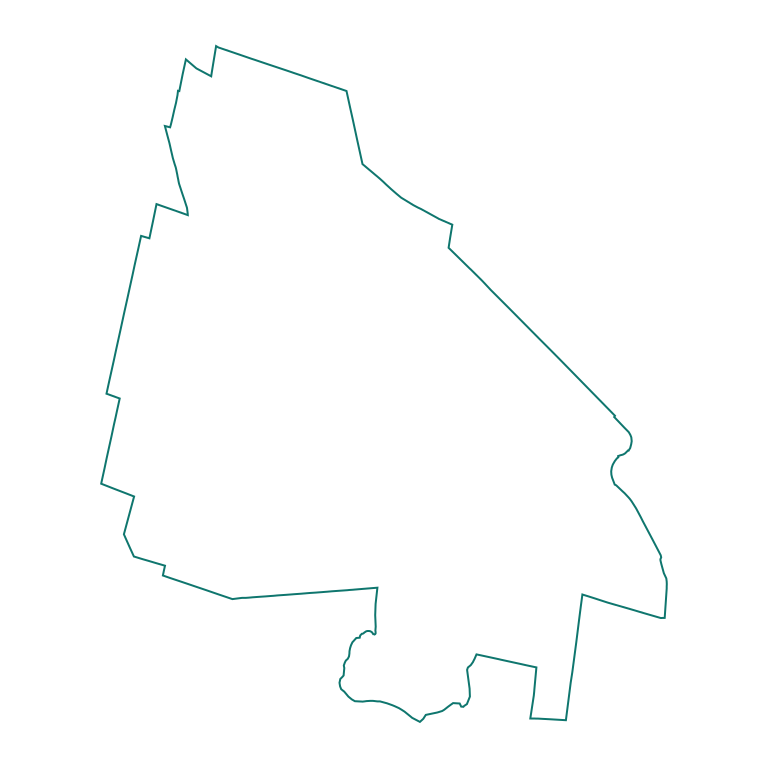 Cocotitlán, México, Mexico
{"feature_id": "50627088B34264143573163", "entity_name": "Cocotitlán", "entity_type": "district", "adm_level": 2, "iso_a3": "MEX", "parent_name": "Mexico", "parent_adm1": "México", "projection": "equal_earth", "projection_center": [-98.857, 19.228], "detail": "fine", "context": "isolated", "style": "outline", "palette": "teal", "viewbox_px": 768, "rotation_deg": 0, "n_neighbors": 0, "source": "geoboundaries", "source_scale": "gbopen_adm2", "svg_char_len": 4360}
<svg xmlns="http://www.w3.org/2000/svg" viewBox="0 0 768 768"><path d="M660.7,618.0L664.7,617.9L665.7,603.2L666.7,588.5L666.7,586.6L666.8,584.1L666.7,581.6L666.3,578.4L663.9,573.3L663.8,573.0L661.4,564.3L660.5,560.6L660.4,559.2L660.7,558.6L661.2,557.3L660.7,555.2L653.6,541.6L648.1,531.2L642.8,521.2L640.7,517.0L636.1,508.4L631.6,501.3L629.9,499.0L628.6,497.5L624.6,493.2L622.4,491.2L616.2,485.3L614.7,484.6L614.4,483.7L612.1,477.7L611.4,474.7L611.2,471.3L611.8,467.5L612.8,464.6L614.8,461.1L616.9,458.4L618.3,457.3L618.1,456.1L619.2,455.7L620.6,455.2L621.9,454.9L623.4,454.4L625.2,453.3L628.1,450.4L628.6,450.6L630.2,448.0L631.2,444.2L631.7,441.2L631.3,437.3L630.3,434.8L628.8,432.2L624.3,427.6L614.2,417.0L615.0,415.8L605.8,406.4L596.6,397.0L587.4,387.6L578.2,378.2L569.0,368.8L559.8,359.4L549.8,349.3L539.8,339.3L529.8,329.2L519.9,319.2L509.9,309.1L500.4,299.6L490.9,290.1L482.1,280.7L470.5,269.2L469.9,268.7L448.6,247.8L450.2,237.4L452.3,224.7L438.7,218.8L438.1,218.4L421.0,209.0L417.8,207.5L413.3,205.1L401.2,197.7L396.4,193.7L391.0,189.0L389.6,187.7L386.2,184.6L383.4,181.9L380.3,179.1L376.8,176.1L374.5,174.2L373.7,173.5L362.5,164.1L358.8,147.3L357.2,140.0L355.5,132.1L352.8,119.6L350.1,107.5L346.5,91.0L330.7,85.6L315.8,80.5L312.0,79.2L308.2,77.9L301.1,75.4L293.3,72.8L292.2,72.4L286.6,70.5L277.6,67.5L269.5,64.8L260.6,61.8L254.4,59.7L251.6,58.8L242.0,55.5L230.3,51.5L218.5,47.5L216.1,46.1L213.2,63.7L211.7,72.9L211.2,76.3L196.4,68.4L185.9,59.4L182.7,74.0L179.3,91.1L178.0,90.8L177.5,95.1L176.0,102.9L174.3,109.8L172.7,117.0L170.9,124.5L170.1,127.3L164.9,126.0L167.6,136.3L169.3,142.6L169.5,143.4L170.2,146.5L171.0,150.1L172.1,154.8L172.8,157.9L174.7,164.3L175.7,167.3L176.0,168.5L176.3,169.9L176.8,172.4L177.3,174.8L177.6,176.6L178.3,179.9L178.4,180.6L179.0,183.5L179.6,185.4L180.6,188.4L181.4,190.9L182.8,195.1L184.2,199.2L186.1,205.1L186.6,206.6L187.0,207.9L187.7,213.5L187.8,215.1L172.2,209.6L156.5,204.1L153.0,221.2L149.4,238.3L141.1,235.9L139.8,241.8L138.7,246.8L138.2,249.1L134.7,264.8L132.4,275.6L131.4,280.1L127.4,298.4L124.3,312.3L120.7,328.9L120.0,332.1L116.3,348.9L113.7,361.0L112.7,365.5L109.0,382.2L106.5,393.7L119.7,398.5L116.7,412.2L115.5,417.8L114.0,424.4L111.4,436.7L109.3,446.2L106.7,458.0L104.5,468.5L101.5,482.2L101.2,483.7L103.2,484.5L113.9,488.7L125.9,493.3L134.1,496.5L129.0,515.4L123.9,534.3L126.6,540.4L130.1,548.2L133.9,556.5L142.4,559.1L148.3,560.8L156.7,563.3L165.0,565.7L163.9,570.6L162.9,575.5L170.7,578.2L175.8,579.9L181.2,581.7L189.8,584.6L193.9,586.0L206.6,590.3L218.8,594.5L232.4,599.1L241.8,597.9L245.3,597.9L248.1,597.7L249.4,597.6L252.6,597.3L256.7,597.0L261.0,596.7L265.6,596.4L270.6,596.0L273.6,595.8L277.7,595.4L286.5,594.8L294.3,594.2L301.3,593.7L309.5,593.0L315.7,592.6L320.9,592.2L327.3,591.7L331.8,591.3L338.8,590.8L347.4,590.2L349.1,590.0L352.1,589.8L356.7,589.4L377.4,587.7L375.6,603.9L375.2,615.1L375.7,626.7L375.4,630.6L375.6,632.0L375.6,633.4L375.2,634.1L374.5,634.5L373.7,634.1L373.2,634.1L372.1,632.4L370.5,631.3L369.1,631.0L367.4,631.0L366.2,631.3L365.2,632.0L364.5,632.4L363.4,633.4L362.3,633.8L361.8,633.8L361.0,634.7L360.5,635.1L360.1,635.8L359.7,637.7L356.3,638.0L352.4,642.3L351.0,645.3L350.1,648.1L349.5,651.2L349.4,653.6L349.0,656.4L348.3,657.8L347.8,658.8L345.8,660.6L345.6,661.1L344.9,662.4L343.8,665.5L344.1,667.1L344.3,668.0L343.6,675.5L342.3,677.0L340.3,679.0L339.5,682.8L340.1,686.4L341.2,689.2L344.3,691.7L348.4,696.6L351.8,699.4L354.9,701.2L362.7,701.6L364.4,701.4L366.5,701.1L369.8,700.9L373.2,700.9L377.5,701.4L380.0,701.4L387.0,703.3L392.3,705.2L394.5,706.1L398.9,708.1L401.7,709.8L403.4,710.9L404.5,711.6L411.3,717.1L412.1,717.8L419.9,721.9L423.3,718.8L424.5,716.9L425.8,714.9L437.3,712.5L442.2,711.0L444.3,709.7L448.1,706.7L451.1,704.5L453.1,703.1L459.7,703.5L461.2,706.6L463.4,706.8L464.2,705.9L466.9,704.1L469.9,696.6L469.6,688.6L467.1,669.9L467.5,668.7L467.9,667.5L470.8,665.1L473.0,662.0L473.7,660.5L474.5,659.0L476.5,654.4L487.7,656.8L498.8,659.2L500.9,659.7L517.9,663.4L520.7,664.0L525.6,665.1L530.7,666.2L536.4,667.4L534.4,689.1L534.2,691.7L533.8,695.6L530.3,718.5L538.0,718.6L541.4,718.8L549.0,719.2L565.9,720.2L568.3,701.4L570.7,682.6L572.3,672.3L574.2,658.0L576.3,642.1L579.0,620.5L580.9,605.7L582.4,594.5L583.3,594.8L589.1,596.6L595.4,598.6L601.2,600.5L607.7,602.6L613.9,604.4L630.3,609.1L644.1,613.2L660.7,618.0Z" fill="none" stroke="#0f766e" stroke-width="2"/></svg>